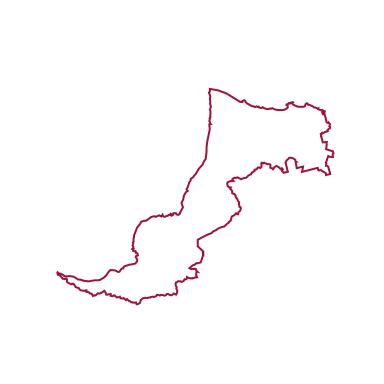 Waitaki District, Canterbury, New Zealand, rotated 256°
{"feature_id": "76426892B29825208127723", "entity_name": "Waitaki District", "entity_type": "district", "adm_level": 2, "iso_a3": "NZL", "parent_name": "New Zealand", "parent_adm1": "Canterbury", "projection": "mercator", "projection_center": [170.369, -44.682], "detail": "fine", "context": "isolated", "style": "outline", "palette": "rose", "viewbox_px": 384, "rotation_deg": 256, "n_neighbors": 0, "source": "geoboundaries", "source_scale": "gbopen_adm2", "svg_char_len": 6062}
<svg xmlns="http://www.w3.org/2000/svg" viewBox="0 0 384 384"><g transform="rotate(256 192 192)"><path d="M115.0,70.7L115.3,72.4L115.0,73.4L116.5,76.3L115.8,77.3L115.9,78.5L116.2,79.2L116.0,79.6L117.4,82.9L115.0,83.9L113.4,83.8L112.8,84.8L113.0,85.9L112.7,87.0L112.9,88.1L112.5,88.5L110.9,88.0L110.0,89.7L110.6,90.9L110.4,92.0L109.6,92.2L107.8,93.7L108.0,94.4L107.5,95.8L107.8,96.7L106.1,97.1L105.3,99.4L105.6,100.1L103.0,101.8L103.8,103.2L101.5,104.5L100.9,105.5L99.7,106.3L99.7,107.1L99.1,107.6L98.6,109.0L98.4,111.0L97.0,110.9L96.3,111.4L96.4,112.8L97.0,114.7L99.6,116.2L100.8,118.8L100.7,120.8L99.9,123.3L100.1,124.1L99.7,126.1L100.1,126.8L99.9,128.8L99.3,130.0L99.7,132.3L100.6,133.1L100.6,133.5L100.4,134.3L99.3,135.8L99.6,136.5L99.0,138.9L98.0,140.3L98.3,141.8L99.1,142.9L99.0,143.9L97.4,145.6L96.7,147.3L97.9,149.8L96.3,151.6L97.7,153.1L100.0,153.9L102.2,153.4L103.5,154.1L104.9,153.6L107.2,153.9L108.1,154.6L108.0,155.5L108.8,157.1L108.1,159.4L107.3,160.0L107.2,160.5L107.6,162.2L109.1,163.7L108.7,164.6L108.8,165.4L109.4,166.1L110.7,166.5L109.5,167.9L108.6,169.5L108.5,170.5L108.0,171.1L108.3,171.8L108.0,172.8L108.4,174.5L108.0,176.3L110.0,175.9L112.9,176.7L113.7,177.2L113.3,178.0L114.7,177.2L116.1,177.2L116.7,176.7L117.3,172.6L118.7,171.1L120.6,174.7L120.8,177.0L121.9,179.0L121.5,180.1L121.6,183.5L127.7,187.3L129.7,187.7L129.1,188.0L131.4,188.6L138.0,184.4L144.3,186.1L146.6,195.3L147.4,201.2L148.7,203.0L149.1,206.0L150.2,208.4L150.8,212.1L150.7,214.9L152.5,218.0L153.2,220.0L154.1,220.6L154.7,222.5L158.6,224.7L159.3,227.5L160.7,229.6L159.8,230.2L159.2,231.4L161.1,232.1L162.2,234.3L164.3,235.4L165.4,235.5L166.1,234.4L166.6,234.4L167.7,234.7L168.6,234.4L170.6,235.3L172.0,234.6L174.9,234.1L176.1,233.3L177.9,233.4L179.9,232.7L180.5,231.3L181.1,230.7L183.5,231.2L185.7,229.9L187.0,230.8L187.4,229.3L189.1,228.0L191.6,228.2L192.8,228.8L193.3,232.3L192.9,232.9L192.7,234.8L193.6,234.1L194.7,234.3L195.6,236.4L195.1,237.7L195.2,239.7L192.5,242.7L193.0,245.7L192.7,248.1L194.3,250.6L195.0,253.7L196.4,254.7L196.3,255.7L197.1,256.8L197.0,257.6L198.5,258.1L198.4,260.2L199.8,261.7L199.4,263.6L198.7,263.9L199.2,265.2L201.6,266.1L203.0,266.1L203.5,267.0L202.5,268.2L203.0,269.0L200.7,271.9L200.2,274.1L199.1,274.7L196.7,273.8L196.0,274.4L195.7,275.6L194.5,276.1L196.5,278.6L196.8,280.4L195.0,282.2L193.3,283.2L193.3,284.5L192.4,284.4L192.8,285.3L192.0,285.6L191.6,284.9L190.2,284.5L189.1,285.5L188.5,285.5L188.4,289.9L198.1,289.9L200.1,291.9L200.6,293.2L201.6,294.5L201.3,296.6L199.9,298.6L198.2,300.0L196.5,299.8L195.9,300.5L195.8,299.8L189.8,299.4L189.8,305.9L184.9,303.7L185.0,319.8L182.7,319.8L182.1,320.6L182.2,321.8L181.7,322.9L181.0,323.1L178.1,326.3L176.0,326.2L176.0,330.5L183.7,330.3L185.1,328.9L185.1,328.4L187.3,329.3L188.0,329.0L193.9,332.9L192.9,334.1L191.8,337.1L194.8,337.7L195.3,338.6L196.1,338.6L197.3,338.6L201.1,332.5L205.5,334.2L206.8,334.3L207.9,334.9L208.5,330.9L217.1,330.9L217.5,331.6L216.9,331.4L217.4,332.0L217.1,332.4L217.3,333.4L218.2,335.9L217.9,336.5L218.2,337.2L218.1,338.5L219.4,338.6L220.3,340.2L220.3,340.9L220.8,341.4L221.6,341.7L222.4,341.2L224.3,342.3L226.3,341.4L225.9,341.1L226.0,340.8L227.1,339.5L236.5,339.5L235.7,338.0L236.5,337.6L237.3,338.3L237.5,338.1L237.2,338.0L237.9,337.7L237.8,341.1L238.4,340.0L240.0,338.2L240.1,337.3L241.2,335.1L241.8,334.5L242.6,334.8L242.4,334.0L244.0,332.4L244.6,330.8L245.8,330.0L248.0,327.2L248.8,325.6L249.9,325.5L250.3,324.8L249.7,323.4L247.9,322.3L247.7,321.1L248.8,316.3L249.7,314.5L252.1,311.5L253.3,310.7L254.4,310.8L254.7,311.7L254.8,311.6L254.8,309.0L254.3,309.0L254.1,308.4L254.7,307.4L254.3,307.2L254.4,306.7L254.0,306.1L254.1,305.0L253.5,304.7L253.1,305.4L252.3,305.7L250.9,305.4L250.0,303.8L249.5,301.8L249.5,299.9L250.9,294.7L252.2,292.2L253.9,290.1L253.6,289.2L254.2,288.0L253.9,286.2L254.3,284.8L255.7,282.4L257.2,281.0L256.7,280.0L257.0,278.9L257.9,277.4L258.7,277.3L258.6,276.4L259.5,275.4L259.1,273.9L259.3,273.5L260.3,272.4L260.8,271.0L264.2,267.3L266.1,265.8L267.6,265.7L268.4,265.0L268.2,262.3L268.1,262.9L267.2,262.7L267.3,262.2L267.9,262.4L267.2,262.1L267.9,260.3L277.7,250.9L280.3,247.9L284.4,241.7L287.7,234.3L285.6,233.8L284.2,232.8L284.6,232.8L284.4,232.5L280.4,232.9L278.1,231.9L274.2,231.4L273.3,230.8L270.5,231.1L267.3,229.2L266.3,229.5L262.4,228.6L261.5,228.0L260.1,228.0L259.4,227.0L258.8,227.1L256.7,226.0L255.2,226.4L254.2,226.0L253.3,226.6L253.3,225.1L248.5,224.4L237.0,218.9L231.8,216.9L226.7,215.6L220.5,213.1L219.4,211.5L215.9,208.8L213.0,204.3L208.4,199.8L207.4,198.0L206.0,196.7L205.1,194.0L203.3,193.3L202.0,191.7L197.2,188.6L196.1,187.4L194.1,188.1L193.3,186.1L190.5,183.3L186.8,181.6L183.8,179.1L179.3,179.5L174.9,175.5L173.8,174.9L173.1,173.0L174.0,171.6L175.4,171.2L175.9,168.9L174.5,168.1L174.0,167.3L174.0,166.5L175.4,166.8L176.0,166.1L174.8,165.5L175.3,164.9L175.3,163.8L174.9,163.2L174.8,160.9L174.5,159.7L175.0,158.5L175.5,158.1L177.1,157.9L175.7,156.2L177.3,154.5L176.7,150.7L177.4,149.9L177.7,149.0L177.6,146.3L175.2,140.6L175.7,138.6L175.4,135.3L173.8,134.2L170.7,130.1L163.8,125.2L162.1,124.8L161.1,124.0L158.1,123.4L157.4,122.5L156.3,122.5L154.4,121.4L153.2,121.8L151.9,121.5L151.2,121.8L150.9,121.5L151.3,120.7L151.1,120.2L150.4,120.9L149.2,120.6L148.2,122.0L148.3,122.7L148.0,122.9L147.7,122.5L146.2,123.1L145.7,124.2L143.6,124.2L143.2,122.1L142.2,121.6L139.8,122.6L137.9,121.9L136.3,119.6L136.3,116.7L136.6,114.2L136.3,108.5L135.4,107.2L134.5,106.8L134.8,106.0L134.3,104.6L132.4,102.6L132.1,101.8L132.3,100.9L134.6,98.3L136.0,94.0L134.8,91.9L131.8,88.6L130.3,85.9L129.0,81.6L129.0,79.6L129.7,77.0L130.1,73.6L130.3,70.0L132.0,65.6L133.9,62.7L134.6,60.4L138.4,56.8L140.3,52.0L140.2,50.8L141.3,47.7L141.8,47.6L144.3,45.2L145.1,43.2L146.6,42.2L146.0,41.7L144.2,41.8L143.0,43.7L139.0,45.7L138.8,46.8L138.2,47.4L138.5,48.5L138.3,49.2L137.5,49.6L135.1,48.9L134.0,49.7L131.6,52.6L131.9,53.8L131.6,54.6L130.2,55.5L128.1,56.0L126.9,57.4L126.2,58.9L124.9,59.2L123.6,60.1L122.0,63.8L122.3,64.5L122.1,65.8L120.6,65.4L120.2,66.9L119.2,68.0L118.4,68.2L117.5,70.1L115.0,70.7Z" fill="none" stroke="#9f1239" stroke-width="2"/></g></svg>